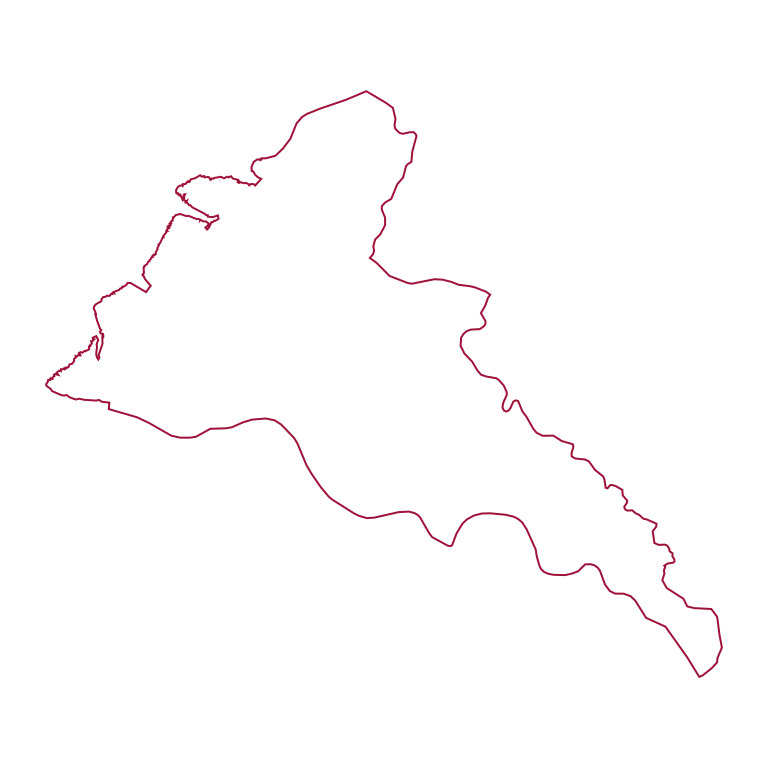 Cotabato City, Cotabato, Philippines
{"feature_id": "2640588B312406433782", "entity_name": "Cotabato City", "entity_type": "district", "adm_level": 2, "iso_a3": "PHL", "parent_name": "Philippines", "parent_adm1": "Cotabato", "projection": "orthographic", "projection_center": [124.192, 7.204], "detail": "fine", "context": "isolated", "style": "outline", "palette": "rose", "viewbox_px": 768, "rotation_deg": 0, "n_neighbors": 0, "source": "geoboundaries", "source_scale": "gbopen_adm2", "svg_char_len": 6046}
<svg xmlns="http://www.w3.org/2000/svg" viewBox="0 0 768 768"><path d="M108.8,409.1L136.8,417.2L149.1,423.0L171.3,435.7L180.4,437.7L190.0,437.7L196.1,436.7L210.3,428.8L225.6,428.3L231.8,427.3L243.4,422.2L252.2,419.6L265.8,418.5L274.6,420.3L281.3,424.6L294.1,438.0L297.4,443.4L306.5,465.2L311.7,474.0L320.9,487.3L328.9,496.8L332.1,499.5L354.0,513.4L359.5,516.0L366.8,518.1L374.0,517.7L398.8,512.1L409.0,511.6L414.5,513.1L418.0,515.1L420.2,517.6L429.3,533.4L432.2,537.2L448.0,545.8L451.0,546.0L452.2,545.0L456.6,533.3L462.6,523.5L466.9,519.4L474.0,515.5L481.9,513.5L490.0,513.3L505.4,514.7L514.1,516.8L518.3,519.1L522.2,522.4L526.7,529.4L535.7,549.5L536.8,556.6L539.6,566.2L541.1,569.1L543.9,571.8L548.0,573.7L553.4,574.8L565.4,575.1L572.2,573.5L578.1,571.3L585.1,564.4L590.6,564.2L594.6,565.4L597.8,567.8L599.9,570.6L605.0,584.5L609.8,591.0L615.1,593.6L623.7,593.7L630.7,596.2L635.4,600.8L646.1,617.9L665.5,626.7L687.4,657.6L699.2,676.8L702.7,675.4L711.8,668.1L717.1,662.4L717.5,658.0L721.9,647.6L719.5,634.9L717.2,616.9L711.3,609.0L694.2,608.1L687.2,606.4L683.5,598.8L666.7,588.0L662.3,580.2L664.4,573.7L663.9,570.3L665.3,566.9L664.3,565.6L667.7,563.5L673.4,562.6L674.5,561.4L674.3,559.1L672.4,556.5L672.6,553.4L669.6,551.3L669.3,548.7L666.9,545.4L664.5,544.6L658.7,544.9L654.4,543.0L652.7,531.2L656.2,526.7L656.5,523.7L646.7,519.4L643.4,518.7L639.2,514.9L635.5,513.2L632.2,510.3L627.6,510.6L625.9,509.9L624.6,508.5L624.3,506.7L626.9,502.8L627.2,500.6L622.8,495.5L622.3,489.9L616.0,486.2L611.7,484.9L610.0,485.3L607.5,488.3L605.7,487.8L604.4,479.6L603.2,476.5L594.9,469.8L588.9,461.4L585.0,459.5L575.3,458.5L571.8,456.5L571.5,453.5L573.4,446.7L572.7,444.2L561.7,441.0L553.3,435.6L542.7,435.8L536.6,432.8L533.3,428.8L526.3,416.5L522.4,411.4L518.1,401.0L515.5,400.4L513.4,401.6L510.2,408.5L508.4,410.7L506.2,411.5L504.1,410.6L502.6,407.9L502.6,406.1L503.5,402.1L506.7,395.1L506.8,392.3L503.7,385.4L498.6,379.8L496.1,378.2L486.2,376.5L481.0,374.7L477.6,370.7L472.2,361.7L464.4,353.5L460.6,345.9L461.1,337.8L463.3,334.2L466.5,331.2L470.8,329.6L479.9,329.1L484.2,326.0L485.4,323.8L485.5,321.1L480.9,313.2L485.3,305.5L488.0,297.9L490.2,294.7L485.8,291.6L475.3,287.5L470.0,286.2L458.8,284.8L451.0,281.8L442.7,279.7L434.6,279.2L411.9,283.7L408.0,283.1L389.6,276.0L376.5,262.8L369.9,258.0L373.1,254.1L374.1,250.4L373.3,246.4L375.1,239.6L380.3,234.3L385.1,225.2L385.1,217.6L381.8,209.7L381.8,206.2L385.1,202.5L391.3,198.9L397.2,184.3L403.1,177.5L406.0,166.2L407.8,164.1L411.4,161.9L412.3,151.6L416.5,136.0L415.6,134.0L413.6,132.2L409.6,132.3L402.9,133.8L399.8,133.0L397.5,131.1L395.2,128.6L394.5,125.3L395.5,119.0L392.9,107.9L385.7,102.7L366.3,91.2L346.0,99.8L321.0,108.3L307.2,113.8L302.2,116.9L296.6,123.3L290.4,138.7L282.9,148.6L275.4,155.8L265.8,158.3L261.3,158.4L261.4,159.3L260.4,159.3L261.0,160.7L259.5,159.5L257.1,159.5L253.6,162.0L251.5,167.1L251.7,171.0L253.3,171.5L255.1,174.7L257.8,177.2L261.2,178.9L255.2,185.5L254.7,184.5L251.6,183.9L249.7,184.7L249.1,186.1L249.1,184.4L246.2,183.0L243.8,183.2L240.4,182.2L239.1,183.0L237.6,182.2L237.8,181.2L239.1,181.2L238.2,179.8L233.0,178.6L230.9,176.2L228.6,177.4L227.3,176.7L223.9,178.3L221.0,176.8L214.3,177.9L213.4,178.7L211.5,178.5L210.2,180.6L210.3,179.4L209.2,177.5L208.1,176.9L205.1,177.4L204.0,176.9L204.1,176.1L201.6,176.6L200.2,175.2L195.3,178.1L190.7,179.4L189.1,182.8L189.1,181.3L188.2,181.1L186.5,182.7L185.6,182.6L186.5,183.0L185.5,184.0L183.3,184.2L182.8,185.6L182.3,184.6L181.7,185.5L179.5,185.8L177.7,187.2L176.0,190.3L176.3,193.0L177.8,193.2L177.6,193.9L179.6,194.6L179.1,195.3L179.7,195.5L180.7,193.7L180.3,194.9L182.5,199.5L184.0,194.4L185.1,194.2L184.2,196.3L184.2,200.3L185.5,201.0L185.5,201.8L186.9,200.8L186.6,201.6L185.8,202.2L185.8,202.6L187.0,202.6L189.1,205.2L190.2,205.1L192.4,207.4L204.9,213.9L206.3,215.3L207.7,215.1L208.0,216.7L212.8,217.1L217.9,215.4L218.5,218.9L215.0,220.9L214.0,220.8L212.8,222.2L211.4,222.2L209.0,227.5L207.0,229.5L205.4,227.5L207.8,225.7L208.6,223.5L206.1,221.5L202.8,221.3L200.7,219.8L200.1,220.4L200.2,219.7L198.3,218.9L196.6,219.1L188.5,215.8L186.7,216.2L180.1,214.0L175.7,215.1L173.7,217.5L173.1,217.3L172.5,220.8L171.8,220.7L170.1,223.0L170.7,223.4L169.8,223.7L170.4,224.5L169.2,225.3L169.9,225.7L168.4,226.2L169.1,227.3L168.2,227.3L168.5,227.9L167.9,227.8L168.2,228.4L167.0,229.5L166.5,230.7L167.2,231.1L166.1,231.4L166.3,232.4L163.5,235.7L163.7,237.1L162.9,237.1L160.1,243.1L158.5,244.5L158.9,245.2L157.3,248.3L157.6,249.2L155.6,252.5L155.9,253.9L154.4,255.3L153.8,254.7L153.1,255.3L152.3,256.2L152.7,257.1L151.3,257.6L150.7,259.2L149.4,260.2L149.5,261.1L148.2,261.7L147.1,264.0L144.2,266.2L144.8,267.5L144.0,266.9L143.6,267.5L143.9,273.2L142.5,274.4L142.7,275.5L143.4,275.6L145.0,279.1L150.7,285.7L146.0,292.1L130.6,283.0L127.5,282.9L127.0,284.2L125.1,285.8L123.1,286.9L122.4,286.6L121.7,288.3L120.4,288.3L119.2,289.9L113.6,292.0L114.1,293.1L112.8,292.6L111.7,293.6L112.1,294.1L110.7,294.4L109.4,296.0L106.8,295.7L105.5,296.8L103.1,297.1L101.6,299.1L101.3,301.2L96.1,304.1L94.2,306.3L93.7,308.7L95.4,312.0L96.0,314.2L95.3,314.2L97.2,321.0L100.1,329.0L101.3,330.0L99.9,331.8L100.9,333.5L102.9,333.8L103.3,335.2L103.3,336.2L102.6,335.9L102.9,337.4L102.3,337.4L102.5,343.7L98.6,355.3L99.4,357.4L98.3,359.5L96.9,357.3L96.2,354.1L97.0,346.7L96.6,344.4L98.2,340.0L96.3,336.1L92.7,337.8L93.1,339.2L94.2,339.4L92.2,341.3L91.2,341.2L91.8,343.7L90.0,345.2L90.3,346.1L89.0,346.5L89.1,349.3L85.2,351.3L84.6,350.9L82.2,352.8L80.9,352.1L79.1,352.8L80.4,355.3L79.4,355.3L78.9,354.2L76.7,356.6L75.6,356.1L75.8,357.6L74.0,359.0L74.0,361.4L73.0,362.7L71.8,363.9L69.6,364.3L68.4,367.2L65.7,367.6L66.3,368.3L64.4,369.4L63.6,368.6L62.4,369.4L60.9,369.2L60.9,371.2L58.8,370.8L56.6,372.8L58.2,374.9L55.0,374.1L53.8,374.9L54.4,376.1L52.7,377.4L52.5,378.9L51.5,378.5L50.8,379.4L50.5,378.5L49.4,379.8L48.1,380.0L48.2,381.1L46.1,384.3L46.4,385.8L50.8,389.0L52.1,391.1L61.2,395.1L64.2,395.6L66.6,395.0L69.3,397.1L73.4,398.7L76.2,399.5L79.3,398.7L84.2,399.8L96.2,400.6L98.9,399.9L102.0,401.8L109.3,402.6L108.8,409.1Z" fill="none" stroke="#9f1239" stroke-width="2"/></svg>